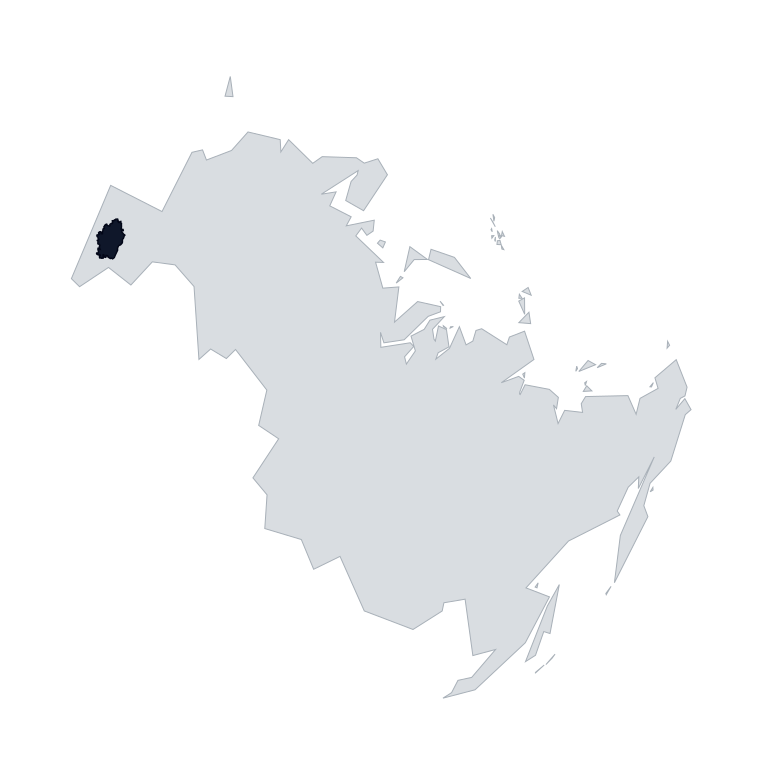 where Stavropol' sits in Russia, rotated 86°
{"feature_id": "RUS-2306", "entity_name": "Stavropol'", "entity_type": "Territory", "adm_level": 1, "iso_a3": "RUS", "parent_name": "Russia", "parent_adm1": "", "projection": "orthographic", "projection_center": [43.1, 44.947], "detail": "fine", "context": "in_parent", "style": "filled", "palette": "ink", "viewbox_px": 768, "rotation_deg": 86, "n_neighbors": 0, "source": "natural_earth", "source_scale": "10m", "svg_char_len": 8244}
<svg xmlns="http://www.w3.org/2000/svg" viewBox="0 0 768 768"><g transform="rotate(86 384 384)"><path d="M695.4,314.5L701.5,347.1L696.6,338.1L684.8,330.9L682.8,317.0L656.6,291.2L661.1,314.3L604.3,318.1L606.4,339.5L614.5,341.8L630.9,372.2L609.0,419.5L552.9,439.9L563.9,467.1L533.4,477.3L519.9,513.0L486.4,508.4L468.5,521.3L431.3,492.9L416.6,511.9L381.9,501.3L339.2,529.7L347.6,539.5L337.0,554.5L346.6,566.9L273.5,566.7L250.6,584.1L246.0,606.6L267.6,629.6L248.5,650.7L265.7,680.9L257.1,688.5L166.8,642.8L196.5,593.4L139.5,559.4L137.8,548.7L148.2,545.5L140.4,519.8L123.1,502.1L133.0,470.5L145.3,470.7L133.6,462.1L158.9,439.7L152.9,429.8L156.4,395.7L162.3,388.3L158.9,374.4L175.5,366.0L209.7,392.3L198.3,409.4L179.7,402.7L173.7,396.3L169.3,394.9L190.3,433.3L189.0,418.4L202.5,425.7L214.9,405.1L223.6,410.6L219.9,382.3L230.7,384.2L234.5,390.7L226.9,395.5L234.3,401.8L262.7,376.0L261.9,383.9L288.3,378.5L288.2,362.4L323.0,369.2L304.1,344.7L310.8,322.1L315.9,322.6L319.6,335.2L341.3,360.8L342.9,381.2L332.2,383.9L347.2,384.6L344.7,354.9L348.6,351.7L358.3,361.6L365.7,360.3L353.2,350.4L338.1,353.7L332.3,340.1L323.5,333.7L321.0,319.1L332.8,331.8L342.8,331.0L344.8,329.8L329.9,325.6L334.1,317.9L351.5,316.6L356.6,327.8L362.8,330.5L353.0,316.2L332.1,304.8L350.7,299.4L347.4,292.4L337.0,288.5L335.7,282.7L353.4,258.7L345.9,255.6L341.1,240.1L370.0,232.7L390.9,266.9L385.8,249.1L390.1,243.9L401.4,249.1L403.4,249.5L404.0,248.9L394.6,243.3L400.9,219.4L409.5,211.0L420.7,213.6L416.7,216.4L435.6,213.1L422.9,205.6L426.2,187.9L417.4,188.6L410.6,183.8L412.6,141.5L431.8,134.6L416.2,129.6L407.5,110.9L396.7,113.3L380.1,90.8L408.3,81.9L416.9,84.6L419.0,89.4L429.7,94.7L419.6,84.9L431.0,79.5L435.6,85.6L480.9,103.3L501.6,125.5L523.5,133.3L534.7,130.0L598.3,168.0L551.6,158.8L475.6,119.5L506.0,137.6L494.4,136.3L504.0,147.6L527.0,160.2L531.1,157.8L553.5,210.9L597.3,256.6L607.9,233.8L652.0,261.1L695.4,314.5ZM284.8,290.1L263.1,330.9L252.9,327.7L262.6,304.9L284.8,290.1ZM596.3,223.1L644.5,235.8L642.1,241.9L665.2,251.8L670.8,262.2L616.8,236.5L596.3,223.1ZM248.8,348.6L262.8,332.0L262.0,345.2L273.4,356.0L248.8,348.6ZM385.1,188.8L374.8,178.8L379.5,171.6L385.1,188.8ZM307.9,237.8L324.3,238.8L310.7,243.8L307.9,237.8ZM297.8,233.5L305.7,231.0L301.3,239.7L297.8,233.5ZM322.5,234.4L334.0,233.5L332.2,245.2L322.5,234.4ZM382.6,170.2L378.6,165.6L379.4,160.8L382.6,170.2ZM66.5,515.9L86.8,514.6L85.8,522.5L66.5,515.9ZM230.2,264.0L234.9,262.0L225.8,266.3L230.2,264.0ZM399.9,181.9L405.4,177.1L405.3,185.7L399.9,181.9ZM248.1,375.7L243.1,380.7L240.2,377.8L242.4,372.7L248.1,375.7ZM238.9,260.3L242.7,258.0L245.4,259.4L238.9,260.3ZM253.2,257.4L252.7,261.6L249.0,260.9L248.9,258.3L253.2,257.4ZM257.6,257.0L253.8,257.3L258.3,255.1L257.6,257.0ZM279.4,357.7L284.2,364.8L277.8,360.1L279.4,357.7ZM308.1,240.3L307.9,243.5L303.9,242.7L308.1,240.3ZM240.2,255.4L245.1,253.5L244.1,256.4L240.2,255.4ZM365.3,96.4L368.0,99.1L361.2,98.1L365.3,96.4ZM225.8,262.0L229.3,263.0L222.3,263.5L225.8,262.0ZM309.8,319.6L305.3,322.3L309.6,319.1L309.8,319.6ZM382.5,242.7L387.9,243.5L383.8,244.9L382.5,242.7ZM401.4,115.2L405.6,117.4L405.3,118.9L401.4,115.2ZM248.1,263.5L245.1,262.6L249.6,263.0L248.1,263.5ZM245.1,256.4L247.5,258.7L244.0,257.6L245.1,256.4ZM665.4,232.2L669.2,235.4L675.2,242.1L665.4,232.2ZM243.6,264.1L246.1,266.2L243.6,266.3L243.6,264.1ZM333.2,317.3L331.0,320.7L330.0,320.8L333.2,317.3ZM508.6,123.0L510.1,126.0L505.9,123.0L508.6,123.0ZM395.6,181.8L399.6,183.3L396.8,183.7L395.6,181.8ZM593.1,244.1L598.0,245.6L597.1,247.4L593.1,244.1ZM601.7,171.6L609.7,177.0L608.4,177.3L601.7,171.6ZM239.7,265.4L237.5,266.5L236.5,265.8L239.7,265.4ZM331.5,310.8L332.9,314.2L331.6,313.7L331.5,310.8ZM382.2,189.9L384.7,191.8L379.6,190.5L382.2,189.9ZM682.0,252.7L675.5,243.8L683.1,253.4L682.0,252.7Z" fill="#d9dde1" stroke="#a8b0b8" stroke-width="1"/><path d="M207.1,635.0L207.4,635.0L207.6,634.9L207.9,634.8L210.5,635.2L210.7,635.3L210.9,635.4L211.0,635.6L211.4,635.4L211.4,635.2L211.4,634.6L211.6,634.3L211.6,634.1L211.6,633.8L211.6,633.6L211.8,633.5L212.8,633.4L212.9,633.6L212.8,634.1L212.8,634.3L212.7,635.0L212.8,635.1L214.0,634.9L214.3,634.9L215.5,633.8L215.8,633.7L216.0,633.7L216.8,633.0L216.9,632.9L217.0,632.8L216.9,632.6L217.4,632.1L217.5,632.1L217.9,632.6L218.1,632.8L219.5,633.4L220.0,633.5L220.4,633.8L220.6,633.9L221.0,634.5L221.3,634.6L222.7,635.0L224.1,635.0L224.6,635.2L225.1,635.4L225.3,635.5L225.5,635.9L225.9,636.1L226.1,636.3L226.4,636.8L226.8,637.1L226.9,637.4L227.0,637.8L227.1,638.1L227.2,638.6L227.3,638.8L227.7,639.1L227.8,639.2L228.4,639.6L229.6,640.2L230.6,640.4L231.9,640.4L232.1,640.5L232.8,640.9L237.1,643.3L239.0,644.2L239.1,644.3L239.3,644.6L240.1,645.8L240.2,646.0L239.6,646.9L239.4,647.1L239.7,647.9L239.7,648.1L239.7,648.3L239.4,648.7L238.0,650.5L237.9,650.5L237.6,650.4L237.3,650.7L237.2,650.7L236.8,650.7L236.7,650.8L236.6,651.1L236.7,651.3L236.5,651.5L236.4,651.6L236.4,652.0L236.4,652.3L237.8,652.4L238.0,652.6L238.1,652.9L238.2,653.0L237.9,653.9L237.6,654.0L236.7,654.2L236.1,654.4L235.6,654.5L235.4,655.1L235.5,655.2L236.7,655.3L236.8,655.3L237.0,655.4L237.3,655.2L238.7,655.3L238.8,655.4L238.9,655.5L238.8,656.0L238.8,656.3L238.8,657.3L238.4,657.5L238.3,657.8L238.4,658.5L238.4,658.8L238.2,658.9L236.6,658.9L236.4,658.8L236.3,658.7L236.3,658.3L236.3,658.2L236.2,658.1L235.3,658.1L235.2,658.2L235.1,658.3L235.1,658.6L235.1,658.8L235.3,658.9L235.3,659.0L235.3,660.0L235.2,660.2L234.8,660.3L234.7,660.4L234.7,660.8L234.7,661.0L234.4,661.4L234.2,661.5L233.8,661.6L233.4,661.5L233.3,661.4L233.5,661.1L233.4,660.8L233.3,660.6L233.1,660.0L233.1,659.9L232.4,659.7L232.2,659.6L231.9,659.6L229.7,660.0L229.4,659.9L229.2,659.9L228.7,659.8L228.8,659.2L228.9,658.9L229.2,658.7L229.3,658.4L229.7,658.4L229.8,658.3L229.8,658.2L229.9,657.7L229.5,657.8L229.3,658.0L229.2,658.1L228.9,658.3L228.7,658.3L228.6,658.5L227.8,658.6L227.6,658.5L227.6,658.3L227.5,658.2L227.2,658.2L226.5,658.2L226.4,658.1L226.2,658.0L226.1,657.9L225.6,657.8L225.3,658.0L224.7,658.5L224.6,658.8L224.5,659.1L224.4,659.4L224.3,659.5L224.2,659.6L223.8,659.6L223.2,659.6L222.3,659.3L221.9,659.3L221.7,659.3L221.5,659.5L221.0,660.0L220.8,660.0L220.7,660.0L220.6,659.8L220.5,659.5L220.4,659.3L220.3,658.8L220.2,658.6L219.9,658.3L219.7,658.3L219.4,658.5L219.2,658.8L219.0,659.0L218.8,659.0L217.9,659.0L217.7,659.1L217.3,659.3L216.9,659.9L216.7,659.9L215.8,659.8L215.6,659.9L215.5,660.0L215.3,659.8L215.3,659.5L215.3,659.1L215.3,658.9L215.3,658.7L215.0,658.6L214.9,658.5L214.9,658.4L215.2,658.3L215.2,658.2L214.7,658.1L214.5,657.9L214.7,657.6L214.8,657.6L214.8,657.4L214.7,657.3L214.4,657.3L214.1,657.3L213.9,657.5L213.8,657.8L214.0,658.0L213.4,658.2L213.0,658.1L212.9,658.0L212.8,657.7L212.7,657.4L212.6,657.2L212.4,657.1L212.4,656.9L212.3,656.7L212.4,656.3L212.4,656.2L212.5,656.2L213.0,655.9L213.2,655.7L213.3,655.7L213.4,655.4L213.9,655.3L214.0,655.2L214.5,655.0L214.5,654.9L214.5,654.4L214.0,654.3L213.8,654.3L213.5,654.5L213.0,654.6L212.8,654.6L212.8,654.3L212.7,654.2L212.3,654.0L211.8,653.8L211.2,653.7L210.7,653.6L210.4,653.6L210.2,653.5L210.1,653.4L209.7,653.3L209.5,653.2L209.4,652.8L209.3,652.4L209.3,652.2L209.2,652.2L208.7,652.1L208.4,652.2L208.3,652.3L208.1,652.4L207.7,652.4L207.7,652.1L207.5,651.9L207.0,651.9L206.9,651.8L206.8,651.6L206.5,651.5L206.4,651.5L206.4,651.4L206.3,650.9L206.1,650.7L205.9,650.7L205.7,650.7L205.7,650.4L205.3,650.1L205.2,650.0L205.2,649.8L205.2,649.6L205.3,649.4L205.9,649.4L206.1,649.3L206.2,649.2L206.6,648.6L206.8,648.3L207.2,647.4L207.2,647.0L207.2,646.7L207.1,646.4L205.7,646.3L205.6,646.2L205.4,645.7L205.2,645.5L205.0,645.3L204.8,644.9L204.7,644.7L204.8,644.2L204.9,643.7L204.6,643.6L204.3,643.4L204.2,643.5L202.3,643.6L202.2,643.6L202.2,643.4L202.2,643.2L202.2,642.8L202.3,642.7L202.2,642.6L202.0,642.3L202.0,642.2L202.1,641.8L202.1,641.7L201.8,641.4L201.4,641.1L201.4,640.5L201.4,640.3L201.3,640.2L200.9,640.1L200.8,639.9L200.9,639.3L200.9,638.2L201.0,638.1L202.0,638.1L202.3,637.9L202.4,638.0L202.5,638.2L202.6,638.3L203.2,638.3L203.4,638.2L203.5,638.1L203.5,637.8L203.5,637.6L204.1,637.5L204.3,637.5L204.4,637.4L204.4,636.9L204.1,636.8L204.0,636.7L204.2,636.3L204.2,636.1L203.7,636.0L203.5,635.9L203.5,635.6L203.5,635.2L205.3,635.3L205.4,635.2L205.4,634.9L205.5,634.7L206.6,634.8L206.9,634.9L207.1,635.0Z" fill="#0f172a" stroke="#020617" stroke-width="1.5"/></g></svg>